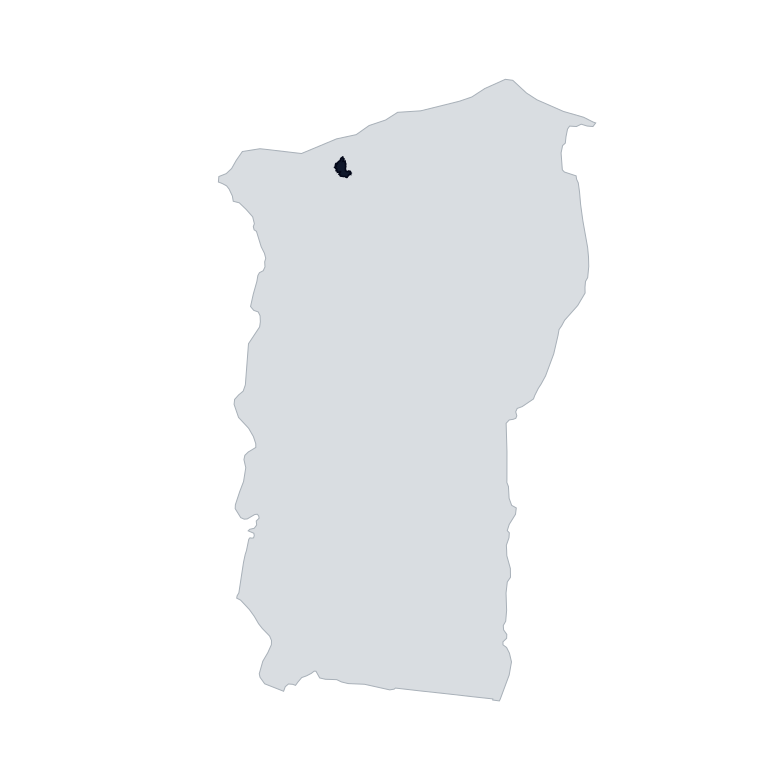 Akwapem South, Eastern, Ghana shown in context, rotated 187°
{"feature_id": "2480657B26354408705676", "entity_name": "Akwapem South", "entity_type": "district", "adm_level": 2, "iso_a3": "GHA", "parent_name": "Ghana", "parent_adm1": "Eastern", "projection": "natural_earth1", "projection_center": [-0.261, 5.841], "detail": "fine", "context": "in_parent", "style": "filled", "palette": "ink", "viewbox_px": 768, "rotation_deg": 187, "n_neighbors": 0, "source": "geoboundaries", "source_scale": "gbopen_adm2", "svg_char_len": 6237}
<svg xmlns="http://www.w3.org/2000/svg" viewBox="0 0 768 768"><g transform="rotate(187 384 384)"><path d="M465.9,71.9L471.3,77.8L472.5,81.2L470.5,94.1L466.6,103.1L464.0,111.5L464.4,115.7L466.8,119.9L475.1,126.6L479.3,130.8L484.3,137.4L490.1,143.7L500.0,152.0L504.1,153.5L504.0,155.8L502.6,159.0L501.7,189.9L501.0,197.8L500.2,201.9L499.3,213.4L498.3,215.0L496.4,214.9L494.7,215.4L494.3,217.7L495.0,220.0L500.9,221.7L499.6,223.4L495.2,225.0L493.2,228.5L494.1,232.4L491.6,235.6L492.3,237.8L493.9,239.3L496.4,238.7L503.3,233.4L506.3,232.8L509.9,233.9L516.5,242.1L516.8,246.0L514.1,259.6L511.5,270.1L511.0,284.1L513.8,291.9L513.4,296.3L510.4,300.0L503.5,305.4L504.0,309.1L507.2,315.9L513.0,323.6L524.3,333.1L530.3,345.5L530.4,350.5L526.9,355.5L522.9,359.8L521.5,366.2L523.4,407.5L514.4,425.5L514.3,430.6L515.3,436.6L517.6,440.2L522.2,441.2L525.9,444.6L524.7,457.2L522.7,470.1L522.4,476.3L521.2,479.3L517.7,481.7L516.4,485.7L517.3,490.7L516.7,494.4L518.6,499.2L522.6,505.2L529.2,520.0L531.7,521.2L532.9,524.3L532.2,527.3L534.7,533.9L542.0,540.4L549.7,546.2L555.9,547.0L557.4,552.1L561.5,558.6L564.4,561.5L569.1,563.3L573.0,564.3L573.2,569.8L566.2,573.6L561.5,579.3L557.9,588.0L552.9,597.5L535.8,602.4L529.2,602.5L494.0,602.7L461.0,621.5L442.0,628.1L430.3,638.7L414.6,646.2L403.6,655.3L380.9,659.6L343.5,673.9L331.8,679.6L319.9,689.6L300.7,701.2L293.2,701.1L278.1,690.2L266.8,684.7L239.1,676.4L218.4,673.1L208.4,669.5L205.7,668.9L208.0,665.0L213.8,664.8L219.9,665.9L224.4,663.0L231.2,662.6L232.9,659.4L233.5,651.6L233.4,645.2L235.8,642.4L236.4,634.9L233.1,618.3L230.8,616.4L218.7,614.0L217.8,610.7L215.7,607.3L213.4,598.7L210.7,586.0L206.5,570.2L198.5,544.2L196.5,535.0L195.1,525.6L194.8,514.5L196.5,510.3L196.3,504.5L195.5,498.8L201.3,485.5L212.5,469.3L214.8,463.4L216.9,459.4L217.2,453.6L219.2,434.6L224.6,411.8L228.0,403.2L230.3,398.5L233.0,390.9L233.8,387.4L244.1,378.4L248.8,376.0L249.9,372.5L248.3,368.6L249.0,366.0L251.5,364.7L255.3,363.6L258.0,359.9L253.7,331.8L250.3,303.7L250.1,301.3L248.0,297.4L245.9,285.8L242.5,279.1L237.6,277.1L237.6,270.7L242.6,259.9L243.8,253.5L241.5,251.6L241.2,246.7L242.9,238.8L242.0,233.8L241.2,228.6L236.1,216.3L234.9,207.6L237.5,202.5L237.4,191.4L234.7,174.2L234.3,163.4L236.2,158.8L235.3,154.5L231.6,150.4L231.3,146.5L234.5,142.6L234.1,139.6L230.2,137.4L226.7,132.1L223.6,123.7L224.3,110.3L230.2,85.5L230.9,83.5L237.6,83.6L237.6,84.7L258.2,84.4L281.8,84.2L310.0,83.8L335.6,83.6L336.7,82.4L341.0,81.1L366.8,83.6L383.0,82.3L389.9,83.1L394.9,84.8L406.1,83.8L412.0,84.4L416.5,90.6L418.3,90.5L420.9,87.9L425.3,84.9L429.9,82.6L433.1,77.7L435.1,74.1L438.0,74.8L442.3,74.6L445.1,71.5L446.2,66.8L465.9,71.9Z" fill="#d9dde1" stroke="#a8b0b8" stroke-width="1"/><path d="M455.9,599.4L456.0,599.3L456.1,599.2L456.3,599.2L456.5,598.9L456.6,598.7L456.7,598.4L456.8,598.3L457.0,598.1L457.1,597.9L457.1,597.7L457.1,597.1L457.4,597.3L457.6,597.3L457.9,597.3L458.0,597.1L458.3,597.1L458.6,597.0L458.6,596.8L458.7,596.6L458.7,596.1L458.8,596.1L458.8,595.9L458.7,595.9L458.9,595.7L459.0,595.5L459.0,595.2L458.9,595.0L458.9,594.7L458.7,594.6L458.3,594.7L458.1,594.7L457.8,594.7L457.7,594.6L457.8,594.4L458.0,594.3L458.2,594.1L458.5,593.9L458.6,593.6L459.3,593.3L459.5,593.1L459.0,592.7L458.7,592.4L458.4,592.3L458.3,592.2L458.2,592.0L457.5,592.1L457.2,591.9L457.0,591.6L456.9,591.5L457.0,591.3L457.2,591.2L457.3,591.0L457.4,590.5L457.6,590.3L457.6,589.9L457.3,589.9L457.2,590.0L456.8,590.1L456.7,590.0L456.6,589.8L456.6,589.7L456.2,589.5L456.2,589.4L456.3,589.2L456.1,589.1L456.0,588.9L456.0,588.5L455.6,588.7L455.4,588.6L455.2,588.6L455.0,588.4L454.8,588.4L454.7,588.4L454.6,588.6L454.2,589.0L453.9,589.2L453.7,589.3L453.5,589.5L453.4,589.5L453.0,589.5L453.0,589.1L453.0,588.9L453.1,588.7L453.3,588.3L453.4,588.1L453.7,587.8L453.9,587.4L454.0,587.0L454.0,586.8L454.1,586.6L453.9,586.6L453.6,586.4L453.4,586.5L453.2,586.4L452.9,586.2L453.0,586.1L453.1,585.7L452.8,585.4L452.7,585.3L452.7,585.2L452.4,585.1L452.2,585.0L451.8,585.1L451.7,585.0L451.2,585.2L451.2,585.3L451.2,585.2L450.9,585.1L450.7,585.1L450.2,585.0L449.9,584.9L449.7,585.0L449.3,585.0L449.2,585.0L448.7,585.1L448.4,585.2L448.1,585.3L447.8,585.2L447.7,585.1L447.3,584.9L447.1,584.9L447.1,584.7L446.9,584.7L446.7,584.7L446.4,584.5L446.2,584.4L445.9,584.5L445.7,584.7L445.7,584.8L445.6,585.0L445.4,585.2L445.2,585.3L445.3,585.3L445.2,585.5L445.1,585.8L445.1,586.0L445.1,586.3L445.0,586.5L444.9,586.6L444.8,586.8L444.7,587.0L444.6,587.3L444.6,587.2L444.6,587.3L444.4,587.4L444.2,587.2L444.1,587.3L443.9,587.4L443.9,587.5L443.7,587.7L443.4,587.7L443.3,587.8L443.2,587.8L443.0,588.0L442.9,588.0L443.0,588.1L443.0,588.3L442.9,588.3L442.7,588.8L442.8,588.8L442.7,588.9L442.8,588.9L442.8,589.0L443.0,589.1L443.2,589.3L443.3,589.4L443.3,589.5L443.4,589.8L443.4,589.7L443.4,589.8L443.4,590.0L443.3,590.3L443.2,590.3L443.3,590.4L443.2,590.4L443.2,590.5L443.2,590.8L443.4,590.9L443.5,591.0L443.8,591.1L444.0,591.1L444.6,591.0L444.8,591.0L445.0,590.9L445.1,590.6L445.4,590.5L445.5,590.7L445.7,590.4L445.9,590.4L446.0,590.3L446.5,590.2L446.9,590.5L447.0,590.7L447.4,590.8L447.7,590.8L447.8,590.8L448.0,590.9L448.3,591.0L448.3,591.3L448.3,591.5L448.2,591.5L448.3,592.2L448.3,592.3L448.3,592.5L448.5,592.5L448.7,592.8L448.7,593.8L448.7,594.0L448.5,594.5L448.4,594.7L448.5,594.8L448.4,595.0L448.5,595.3L448.7,595.6L448.7,595.9L448.7,596.1L448.8,596.1L448.8,596.4L448.7,596.5L448.7,597.0L448.9,597.1L449.0,597.2L449.0,597.3L448.9,597.4L448.8,597.5L448.7,597.7L448.7,597.8L448.8,598.0L448.9,597.9L449.1,597.7L449.2,598.2L449.3,598.2L449.3,598.3L449.4,598.8L449.5,598.9L449.5,599.1L449.5,599.5L449.6,600.0L449.9,600.7L450.4,600.3L450.9,600.0L451.2,600.0L451.6,600.1L451.9,600.0L451.7,600.4L451.7,600.8L451.7,601.2L451.6,601.3L451.4,601.6L451.4,601.8L451.3,602.0L451.1,602.2L451.0,602.4L451.0,602.5L451.3,602.7L451.4,602.8L451.6,602.8L451.8,602.9L451.9,603.0L452.1,603.1L452.4,603.3L452.4,603.5L452.4,604.2L452.6,604.4L452.8,604.3L452.9,604.2L453.0,603.6L453.2,603.4L453.5,603.5L454.1,603.0L454.2,602.8L454.3,602.6L454.5,602.1L454.3,602.1L454.3,601.8L454.3,601.6L454.4,601.3L454.4,601.2L454.4,600.9L454.5,600.8L454.5,600.6L454.5,600.3L454.6,600.2L454.8,600.0L455.2,600.1L455.4,599.9L455.7,599.7L455.9,599.5L455.9,599.4Z" fill="#0f172a" stroke="#020617" stroke-width="1.5"/></g></svg>